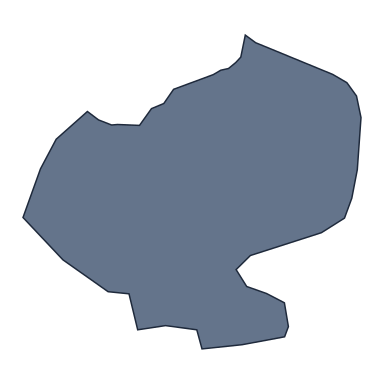 an SVG outline of Vilakas
{"feature_id": "LVA-5742", "entity_name": "Vilakas", "entity_type": "Municipality", "adm_level": 1, "iso_a3": "LVA", "parent_name": "Latvia", "parent_adm1": "", "projection": "equal_earth", "projection_center": [27.651, 57.187], "detail": "fine", "context": "isolated", "style": "filled", "palette": "slate", "viewbox_px": 384, "rotation_deg": 0, "n_neighbors": 0, "source": "natural_earth", "source_scale": "10m", "svg_char_len": 618}
<svg xmlns="http://www.w3.org/2000/svg" viewBox="0 0 384 384"><path d="M245.3,35.1L255.6,42.7L332.7,74.4L346.9,82.7L356.5,96.0L361.0,117.6L357.3,169.7L351.8,198.2L344.5,218.1L321.4,232.7L250.4,255.5L236.1,269.6L246.7,286.5L266.5,293.5L284.4,302.8L288.4,326.6L284.6,336.8L242.1,344.7L202.0,348.9L196.8,329.8L165.5,325.6L137.7,329.8L129.0,293.8L108.1,291.7L63.0,259.9L23.0,217.5L40.5,168.8L56.2,139.2L87.4,111.5L98.5,119.9L111.6,125.0L117.6,124.5L139.5,125.4L151.5,108.6L163.8,103.5L173.6,89.3L213.3,74.6L220.8,70.2L228.5,68.5L235.8,62.5L240.8,57.1L245.3,35.1Z" fill="#64748b" stroke="#1e293b" stroke-width="1.5"/></svg>